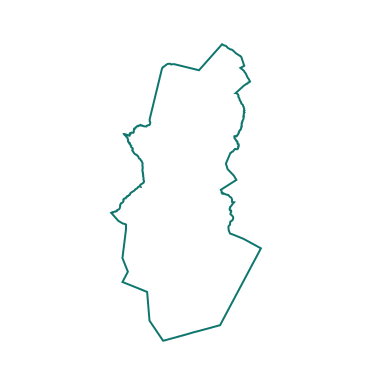 the district of Rinconada, Jujuy, Argentina, rotated 298°
{"feature_id": "61730980B37720115941003", "entity_name": "Rinconada", "entity_type": "district", "adm_level": 2, "iso_a3": "ARG", "parent_name": "Argentina", "parent_adm1": "Jujuy", "projection": "mercator", "projection_center": [-66.377, -22.623], "detail": "fine", "context": "isolated", "style": "outline", "palette": "teal", "viewbox_px": 384, "rotation_deg": 298, "n_neighbors": 0, "source": "geoboundaries", "source_scale": "gbopen_adm2", "svg_char_len": 6120}
<svg xmlns="http://www.w3.org/2000/svg" viewBox="0 0 384 384"><g transform="rotate(298 192 192)"><path d="M174.6,279.3L174.8,259.3L173.7,248.6L173.2,245.1L175.3,242.5L178.3,240.5L179.5,240.4L180.9,240.9L181.7,240.7L182.1,240.3L183.5,239.8L183.9,239.8L184.3,239.9L184.5,240.3L185.1,240.6L185.7,240.7L186.3,241.0L187.5,240.9L188.5,240.6L189.5,239.7L189.8,238.8L190.2,237.9L190.2,237.3L190.6,236.2L191.9,236.0L192.2,235.9L192.7,236.0L193.1,235.4L193.6,235.5L193.9,235.3L194.0,235.0L194.0,234.5L193.8,234.1L193.9,233.8L194.3,233.4L194.9,233.1L195.3,233.0L195.9,233.2L196.4,232.8L196.8,232.7L197.8,233.1L198.9,233.3L199.1,233.2L199.6,233.4L201.1,233.5L201.8,233.8L202.7,234.0L202.6,233.7L202.4,233.3L201.9,233.0L201.8,232.4L201.9,232.2L202.9,231.4L204.0,231.0L205.0,230.0L205.3,229.4L205.6,228.5L205.6,227.2L205.9,226.8L206.4,225.5L206.4,225.1L206.0,224.6L206.0,223.9L205.6,222.4L205.7,221.9L205.4,221.3L205.4,221.0L205.6,220.6L205.1,220.3L205.1,219.9L204.8,219.8L204.8,219.3L205.0,219.1L205.3,219.0L205.2,218.8L205.4,218.4L205.7,218.2L206.1,218.2L206.8,217.5L207.2,217.0L207.2,216.7L207.4,216.4L223.5,225.5L226.1,221.2L228.9,212.7L233.0,208.6L244.5,207.6L245.0,208.1L245.7,208.2L246.2,208.4L246.9,209.1L249.3,209.5L249.7,209.7L250.2,209.8L250.5,210.2L250.6,211.0L250.8,211.6L251.2,212.0L252.0,212.2L252.3,212.0L253.2,211.9L253.5,211.5L254.1,211.8L254.6,211.7L255.2,211.2L255.4,210.7L255.7,210.6L255.9,210.8L256.1,210.6L255.9,209.8L256.3,209.4L256.7,209.3L256.8,208.9L257.6,208.6L257.9,208.3L258.0,208.0L257.9,207.6L257.9,207.2L258.9,205.9L259.1,205.0L259.6,204.2L259.9,204.0L260.3,203.9L260.8,203.3L261.0,203.2L261.1,203.3L261.4,203.6L261.4,204.0L261.5,204.2L261.9,204.3L262.1,204.6L262.1,205.2L262.7,205.3L263.0,205.5L263.4,205.5L263.7,205.3L264.6,205.7L264.9,205.5L265.7,205.4L266.3,205.6L266.8,205.2L267.3,205.4L268.0,205.1L268.8,205.4L269.0,205.5L269.2,205.3L269.5,205.3L270.0,205.6L270.6,205.7L271.0,205.4L271.4,205.4L272.1,205.1L272.3,205.3L272.6,205.2L273.0,205.2L273.1,204.9L273.8,204.9L274.3,204.5L274.4,204.3L275.0,204.1L275.4,203.8L276.0,203.8L276.3,203.5L277.0,203.6L277.8,203.2L278.2,203.4L278.9,203.1L279.9,203.2L280.7,203.1L281.7,202.8L282.3,202.1L282.6,202.3L283.2,202.3L283.4,202.0L283.7,202.0L283.9,201.6L284.4,201.5L285.0,201.0L286.0,201.1L286.4,200.7L286.9,200.9L287.2,200.2L287.6,199.8L288.0,199.8L288.4,200.0L288.6,200.1L289.3,199.2L290.2,198.9L290.8,198.1L291.4,197.7L291.7,197.0L292.7,196.1L293.1,195.0L293.1,194.5L293.4,193.9L294.1,193.3L294.5,192.7L294.9,192.5L295.3,191.2L295.7,191.0L296.0,190.6L297.0,189.8L297.2,189.2L297.6,188.8L297.8,188.2L298.3,188.0L299.0,187.7L299.4,187.3L299.9,186.3L299.9,185.7L300.2,185.1L300.2,184.6L300.0,184.2L310.4,187.9L312.3,189.0L313.2,189.3L313.7,190.1L315.2,190.3L315.5,190.8L316.7,191.4L318.3,189.2L318.8,188.2L318.9,187.7L321.2,184.7L322.1,183.4L322.5,182.2L323.2,181.3L323.9,178.9L323.9,178.2L324.3,176.5L327.9,178.9L334.4,172.1L334.8,170.5L334.7,170.0L335.1,165.7L335.8,163.2L336.4,160.8L336.2,159.5L336.0,159.1L335.9,158.5L336.1,155.8L336.9,153.5L336.6,151.5L336.4,151.1L336.6,149.2L302.8,141.0L296.5,116.2L295.7,114.8L294.8,113.7L295.0,112.8L295.0,112.5L294.4,111.5L293.9,110.7L293.3,110.1L291.1,109.0L289.6,108.4L288.9,107.9L288.5,107.7L287.8,107.8L287.1,107.5L236.2,120.5L235.5,121.0L234.8,121.3L234.4,121.6L234.3,122.0L233.6,122.6L232.5,123.0L231.5,123.0L231.1,122.9L230.2,121.7L229.6,121.3L229.3,121.2L229.2,121.0L228.8,121.0L228.5,121.0L227.5,118.9L227.5,118.0L227.2,117.4L227.3,116.9L227.2,115.9L226.9,116.1L226.7,115.9L226.6,115.2L226.5,114.6L226.0,114.1L225.9,114.1L225.2,113.9L225.2,113.7L224.9,113.5L225.0,113.1L224.9,113.0L224.0,112.5L223.4,112.4L222.8,112.0L222.5,111.9L222.2,112.1L221.3,111.6L220.9,111.7L220.9,111.4L220.7,111.3L220.3,111.7L220.2,111.7L220.2,111.4L219.8,111.6L219.3,111.6L217.4,112.5L217.0,112.5L216.8,112.4L216.5,112.0L216.1,110.7L215.3,110.2L215.0,109.8L214.8,109.8L214.8,110.1L214.7,110.2L214.4,109.6L214.2,109.6L213.9,109.7L213.3,110.3L212.5,110.5L212.3,110.3L212.1,109.7L212.1,108.8L212.0,108.1L211.6,107.8L211.3,107.5L211.7,107.0L211.8,106.7L211.4,104.9L211.2,104.7L210.8,105.6L211.0,106.0L211.0,106.4L210.4,107.0L210.4,107.5L210.3,107.8L210.0,108.0L209.7,109.4L209.4,109.5L209.1,109.9L208.6,110.3L208.4,110.9L206.6,111.8L206.4,112.7L206.1,112.8L205.9,114.3L205.6,114.5L205.2,114.3L204.9,115.4L204.1,116.1L204.1,116.6L203.8,116.6L203.0,117.5L202.8,118.8L202.7,119.2L202.2,119.6L200.8,119.6L200.5,119.8L200.4,120.5L199.8,121.3L199.7,121.9L199.3,122.3L198.9,123.1L198.7,124.2L198.6,124.7L198.8,125.0L198.8,125.5L198.6,126.3L198.4,126.5L198.2,127.8L197.4,128.6L197.1,128.9L196.7,129.9L196.8,130.6L196.7,131.0L195.9,132.0L195.7,133.0L195.2,133.4L194.6,134.4L194.3,134.8L193.5,135.1L193.2,135.4L192.7,135.5L191.8,135.9L191.4,136.2L191.1,136.7L190.8,136.7L190.3,137.0L189.9,137.3L189.6,137.3L188.9,137.7L188.6,137.7L188.3,137.9L187.6,138.1L187.4,138.4L187.1,138.5L186.9,138.8L186.4,139.1L186.2,139.5L185.6,139.9L185.2,139.9L184.5,140.7L184.0,140.8L183.7,141.2L182.8,141.5L182.3,142.1L181.5,142.8L180.1,143.3L179.3,144.4L178.7,144.7L178.1,144.7L177.7,144.9L177.3,144.6L176.8,144.6L175.4,143.7L175.0,143.6L174.6,143.2L174.2,143.1L173.7,143.0L173.1,143.2L172.5,144.0L172.4,143.7L172.3,143.1L171.8,142.5L170.9,142.0L170.4,142.0L169.4,141.8L168.6,141.3L168.0,140.8L166.1,140.4L162.9,138.5L162.4,138.4L162.1,138.2L161.6,138.1L160.6,138.4L160.1,138.2L159.7,137.8L158.6,137.6L158.1,136.9L157.9,136.7L157.5,136.8L157.3,136.7L157.0,136.8L156.2,136.3L155.3,136.4L154.7,135.5L153.9,135.1L153.6,135.2L153.3,135.0L152.9,135.0L152.7,135.3L152.5,135.2L152.3,135.3L151.7,135.8L150.9,135.8L149.7,135.4L149.1,134.9L148.6,134.6L148.0,134.6L147.4,134.8L146.8,134.6L145.4,135.4L143.7,135.8L142.6,135.7L141.8,135.2L141.1,134.6L140.5,134.4L140.3,134.5L140.1,134.3L139.7,134.4L139.6,134.1L139.2,134.0L139.0,133.6L138.5,133.3L138.3,132.8L137.5,132.2L136.6,131.8L136.5,131.5L136.7,131.1L135.7,130.4L131.9,140.6L131.7,145.8L132.2,147.7L132.3,149.0L128.2,151.2L101.0,161.6L91.5,172.8L79.9,172.9L82.7,199.3L58.4,214.9L47.1,236.3L47.7,237.0L64.0,254.3L69.1,259.5L71.8,262.5L87.6,279.3L174.6,279.3Z" fill="none" stroke="#0f766e" stroke-width="2"/></g></svg>